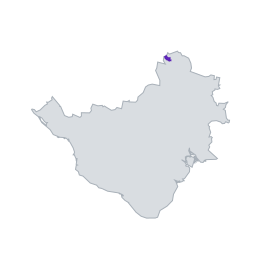 location of Jordão, Acre, Brazil, rotated 101°
{"feature_id": "56859067B10244849047015", "entity_name": "Jordão", "entity_type": "district", "adm_level": 2, "iso_a3": "BRA", "parent_name": "Brazil", "parent_adm1": "Acre", "projection": "natural_earth1", "projection_center": [-71.804, -9.222], "detail": "fine", "context": "in_parent", "style": "filled", "palette": "violet", "viewbox_px": 256, "rotation_deg": 101, "n_neighbors": 0, "source": "geoboundaries", "source_scale": "gbopen_adm2", "svg_char_len": 4560}
<svg xmlns="http://www.w3.org/2000/svg" viewBox="0 0 256 256"><g transform="rotate(101 128 128)"><path d="M74.0,49.9L76.3,52.2L79.2,51.1L80.1,52.6L81.7,50.5L85.6,48.4L86.5,46.4L89.0,45.3L89.1,44.0L86.3,43.5L85.5,38.1L83.1,34.6L86.4,36.3L89.4,36.3L91.4,38.0L92.1,35.9L99.5,33.3L101.1,31.5L101.0,29.8L103.2,29.8L103.9,30.5L103.2,33.3L105.1,34.1L105.8,36.3L104.5,38.1L103.9,42.6L105.3,47.3L108.8,50.0L110.3,49.6L111.1,48.1L112.4,48.4L116.4,46.0L121.4,46.8L120.6,44.7L121.4,43.4L122.4,44.0L125.7,43.0L129.4,45.4L130.9,44.2L134.4,45.1L140.9,34.4L141.9,35.5L144.2,45.4L145.3,46.9L147.5,47.7L147.7,50.2L144.0,55.0L141.7,56.5L138.7,63.0L135.7,63.9L138.8,64.1L143.4,60.8L144.3,64.9L145.5,66.2L150.3,64.8L148.9,69.4L150.7,65.7L152.9,63.6L154.0,64.2L154.5,63.5L154.0,61.8L155.5,59.8L159.2,59.3L167.0,62.9L167.6,64.7L168.7,63.4L170.5,64.9L171.0,66.4L170.1,67.5L170.5,68.0L171.5,67.0L171.7,68.0L170.8,69.0L170.2,72.2L171.4,70.9L172.3,68.5L172.5,70.2L176.0,68.0L184.3,70.7L190.8,70.5L197.3,74.8L202.8,80.8L209.9,81.9L211.2,84.1L212.9,92.7L212.1,98.3L209.2,104.0L201.3,113.4L201.3,112.6L199.8,116.9L197.3,120.7L196.1,121.2L195.4,119.6L194.6,120.4L193.5,124.4L193.9,135.9L192.3,142.5L192.3,145.2L190.1,147.9L189.2,154.6L183.8,163.0L183.4,166.8L180.3,168.4L178.7,171.6L174.8,171.7L174.0,170.5L173.7,171.9L167.7,172.2L167.9,173.3L164.0,176.0L161.8,175.9L157.9,178.1L153.0,182.2L152.0,184.1L151.2,183.4L150.8,184.3L149.8,183.9L151.1,185.0L149.9,186.3L149.5,188.4L150.1,193.1L148.7,200.1L144.5,204.1L139.1,213.7L134.2,218.0L134.2,216.6L137.6,214.8L140.7,209.5L140.9,208.6L138.9,209.2L137.9,207.5L138.4,209.2L137.7,211.1L134.7,214.3L133.7,216.9L133.9,218.3L131.4,223.2L128.3,226.2L127.7,225.8L127.8,223.4L129.6,221.2L127.1,217.7L121.5,213.8L119.8,211.6L118.1,212.8L118.0,211.2L114.8,207.9L113.2,208.7L111.6,208.3L119.1,199.1L119.9,199.1L119.8,198.2L127.9,192.7L128.8,188.2L127.5,184.9L125.0,184.9L126.8,177.2L125.2,176.0L121.9,176.7L120.5,168.6L117.8,167.2L115.7,168.2L111.3,167.1L112.0,161.8L110.7,157.6L112.0,156.6L110.9,155.5L113.8,147.7L112.4,144.2L110.0,142.8L110.3,138.0L102.5,137.9L102.3,133.9L100.8,132.0L102.2,132.0L101.2,125.4L98.8,123.9L95.7,124.1L90.3,119.8L84.4,118.6L82.0,116.3L80.3,112.6L80.3,104.9L75.2,105.8L66.3,111.9L63.7,111.2L57.6,111.4L58.1,103.5L55.1,106.2L51.0,106.4L50.1,103.9L46.5,103.4L47.5,101.3L43.1,94.1L44.3,92.8L44.1,90.8L46.8,88.6L46.4,86.7L47.9,81.8L52.4,78.7L57.0,77.1L60.6,77.7L63.1,62.1L62.0,58.6L60.1,56.8L60.2,53.2L64.1,52.8L63.4,50.8L61.1,50.8L61.1,47.5L68.4,47.4L68.3,46.1L69.4,47.3L71.7,45.4L73.0,47.5L73.1,50.1L74.0,49.9ZM146.2,56.7L154.3,57.6L152.4,63.1L150.9,63.2L150.6,64.1L149.4,63.7L148.1,65.1L145.1,65.1L144.0,62.3L144.8,61.6L143.9,60.6L144.5,57.5L146.2,56.7ZM139.3,63.3L140.6,59.3L141.9,58.8L141.8,61.2L139.3,63.3ZM148.4,54.7L147.7,56.2L145.8,55.9L146.1,54.9L148.4,54.7ZM145.7,53.1L145.4,56.1L144.6,55.8L145.7,53.1ZM149.7,56.6L148.6,56.8L148.0,56.6L149.5,55.7L149.7,56.6ZM144.5,56.7L143.3,57.7L142.8,57.2L143.7,56.3L144.5,56.7ZM146.6,54.1L146.1,53.5L147.1,52.9L147.1,53.5L146.6,54.1ZM146.0,46.3L145.3,46.5L145.2,45.4L145.8,45.3L146.0,46.3ZM150.2,196.0L150.0,195.0L150.6,194.2L150.7,194.4L150.2,196.0ZM164.7,175.6L164.8,176.7L164.0,176.4L164.7,175.6ZM150.1,189.1L149.8,188.5L150.4,187.9L150.6,188.2L150.1,189.1ZM171.2,70.2L170.7,71.3L171.2,69.7L171.2,70.2ZM195.7,121.4L194.9,121.7L195.4,120.8L195.7,121.4ZM169.8,172.6L169.0,173.0L168.8,172.8L169.3,172.3L169.8,172.6ZM194.3,123.5L194.0,124.1L193.8,123.7L194.3,123.5ZM169.1,62.4L169.2,63.1L168.9,63.0L169.1,62.4Z" fill="#d9dde1" stroke="#a8b0b8" stroke-width="1"/><path d="M54.0,100.7L53.9,100.7L53.7,100.6L53.4,100.6L53.4,100.4L53.5,100.4L53.5,100.2L53.7,99.9L53.7,99.7L53.4,99.7L53.5,99.7L53.4,99.6L53.4,99.8L53.4,99.7L53.3,99.8L53.2,99.8L53.1,100.0L53.1,99.9L53.0,100.0L53.0,99.9L53.0,100.0L52.9,100.1L52.8,100.3L52.7,100.3L52.4,100.4L52.2,100.4L52.1,100.2L51.9,100.2L51.8,100.3L51.7,100.3L51.6,100.5L51.4,100.5L51.6,100.8L51.5,101.0L51.6,101.3L51.6,101.5L51.5,102.0L51.6,102.3L51.3,102.8L51.2,102.9L51.1,103.2L51.1,103.3L50.8,103.4L50.7,103.6L50.6,103.8L50.4,103.9L50.3,104.0L50.5,104.0L50.5,104.3L50.6,104.5L50.7,104.8L50.6,105.0L50.8,105.2L51.0,105.2L51.1,105.3L51.3,105.2L51.6,105.1L51.8,104.9L52.0,104.9L52.3,104.7L52.5,104.4L52.5,104.2L52.7,103.9L52.7,103.7L52.8,103.7L53.0,103.4L52.9,103.4L53.0,103.4L53.0,103.2L52.9,103.2L53.0,103.0L53.0,102.9L53.1,102.7L53.3,102.5L53.3,102.4L53.4,102.2L53.5,102.0L53.5,101.9L53.4,101.9L53.5,101.9L53.5,101.7L53.5,101.4L53.6,101.2L53.8,101.0L53.8,100.9L54.0,100.8L54.0,100.7Z" fill="#8b5cf6" stroke="#5b21b6" stroke-width="1.5"/></g></svg>